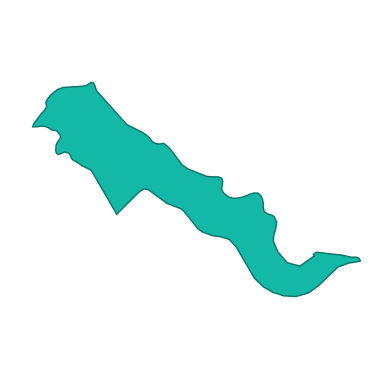 outline of Lower River, rotated 44°
{"feature_id": "GMB-2154", "entity_name": "Lower River", "entity_type": "Division", "adm_level": 1, "iso_a3": "GMB", "parent_name": "Gambia", "parent_adm1": "", "projection": "equal_earth", "projection_center": [-15.76, 13.406], "detail": "fine", "context": "isolated", "style": "filled", "palette": "teal", "viewbox_px": 384, "rotation_deg": 44, "n_neighbors": 0, "source": "natural_earth", "source_scale": "10m", "svg_char_len": 1568}
<svg xmlns="http://www.w3.org/2000/svg" viewBox="0 0 384 384"><g transform="rotate(44 192 192)"><path d="M361.0,125.0L353.7,134.9L349.1,144.6L348.0,171.5L346.0,183.5L339.4,194.9L330.1,203.0L319.5,208.1L309.0,210.7L297.1,210.7L261.9,200.8L251.8,200.2L244.2,204.0L236.8,209.3L227.0,213.6L221.8,214.3L200.0,211.5L195.9,211.7L181.4,217.7L158.9,220.6L155.1,223.3L153.9,229.4L153.3,260.3L153.1,260.2L106.0,246.8L103.4,246.7L94.7,249.5L88.1,250.5L85.7,251.3L83.5,251.7L81.5,251.4L78.5,250.0L76.0,249.7L72.7,251.6L70.5,256.5L69.4,258.1L67.4,258.2L65.1,256.8L61.8,252.8L60.6,249.7L60.3,246.9L59.7,244.7L58.4,242.8L52.2,241.9L47.7,244.9L44.1,245.4L40.8,246.9L37.8,249.3L35.2,252.7L32.2,255.7L30.8,253.1L29.3,241.2L29.2,236.3L28.5,232.1L26.5,230.3L24.8,229.3L23.8,226.7L23.2,223.2L23.0,219.7L24.1,211.7L26.7,206.3L39.7,192.1L42.1,188.6L43.1,184.1L44.5,182.0L47.7,182.7L52.9,185.5L98.2,188.8L115.5,183.4L121.7,182.6L125.2,182.8L127.1,183.2L128.7,183.3L131.7,182.6L134.1,181.2L135.9,179.3L137.2,177.5L138.1,176.6L145.2,176.1L166.0,179.3L172.7,178.4L191.5,170.7L194.5,168.4L200.6,162.7L203.6,161.5L206.7,163.0L211.3,169.3L214.5,170.7L219.0,170.6L222.4,169.9L225.5,168.2L229.1,164.8L231.9,160.5L237.1,149.9L240.2,147.0L244.0,146.8L248.1,148.4L251.7,151.1L254.6,154.1L257.9,156.1L261.4,155.3L264.7,153.6L267.7,152.6L273.9,154.9L277.8,160.3L280.9,166.3L284.3,170.7L295.4,175.5L309.6,176.7L321.1,170.4L324.4,152.6L322.7,152.6L323.4,148.9L343.8,133.2L351.9,128.3L355.8,124.5L358.3,123.7L360.1,124.1L360.8,124.8L361.0,125.0Z" fill="#14b8a6" stroke="#0f766e" stroke-width="1.5"/></g></svg>